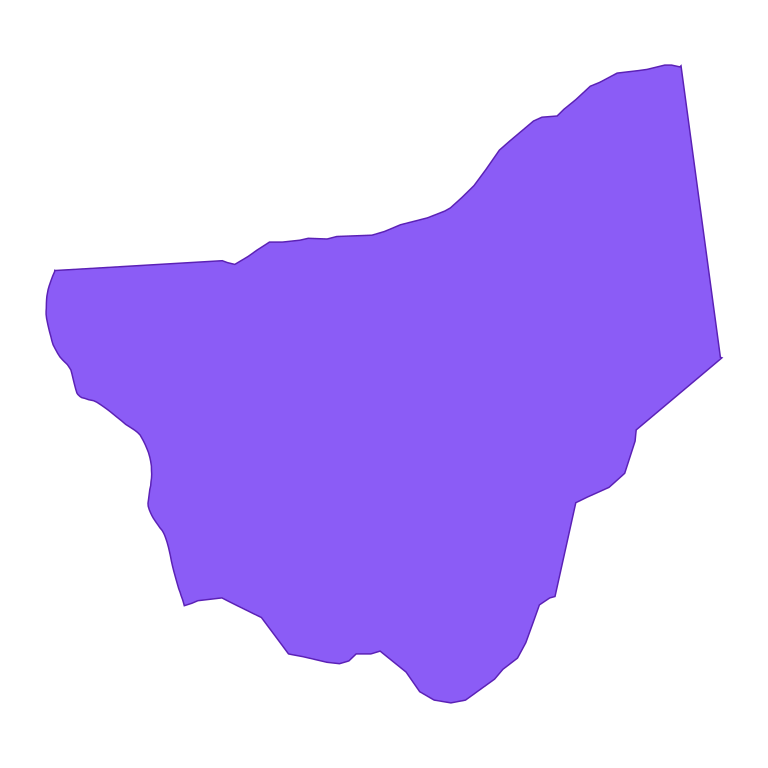 Fond Sabot, Vieux Fort, Saint Lucia
{"feature_id": "8701671B44376877134949", "entity_name": "Fond Sabot", "entity_type": "district", "adm_level": 2, "iso_a3": "LCA", "parent_name": "Saint Lucia", "parent_adm1": "Vieux Fort", "projection": "equal_earth", "projection_center": [-60.957, 13.777], "detail": "fine", "context": "isolated", "style": "filled", "palette": "violet", "viewbox_px": 768, "rotation_deg": 0, "n_neighbors": 0, "source": "geoboundaries", "source_scale": "gbopen_adm2", "svg_char_len": 2277}
<svg xmlns="http://www.w3.org/2000/svg" viewBox="0 0 768 768"><path d="M184.3,605.7L191.8,603.3L197.9,600.7L221.9,597.9L229.1,601.6L238.5,606.3L253.5,613.7L261.4,617.5L280.2,642.7L288.5,653.9L291.3,654.5L303.1,656.7L327.0,662.3L339.5,663.7L347.0,661.5L348.9,660.9L356.2,653.9L370.7,653.9L371.6,653.7L380.1,651.1L406.1,672.1L419.7,691.7L432.4,699.1L434.2,700.1L450.9,702.9L465.5,700.1L482.8,687.6L494.6,679.1L502.9,669.3L517.5,658.1L525.8,642.7L532.8,623.4L539.4,604.9L548.9,598.5L549.8,597.9L551.3,597.5L555.0,596.5L570.2,528.0L575.8,502.7L581.2,500.1L587.3,497.1L609.1,487.3L617.5,479.8L624.7,473.3L635.1,441.1L635.7,434.8L636.2,429.9L720.4,359.1L721.1,358.5L721.9,357.8L720.4,357.3L696.9,183.5L681.0,65.8L679.9,66.9L671.6,65.1L664.7,65.1L647.1,69.4L638.4,70.6L617.1,73.1L599.6,82.4L590.3,86.2L575.6,99.8L564.0,109.2L557.1,116.0L541.9,117.2L533.5,121.0L510.0,140.8L499.4,150.1L486.0,169.4L474.0,185.6L462.0,197.4L450.4,207.9L444.9,211.0L427.3,217.9L400.6,224.7L384.4,231.5L371.9,235.2L336.8,236.5L327.1,239.0L308.2,238.3L299.9,240.2L282.3,242.1L269.4,242.1L257.0,250.1L248.2,256.4L234.8,264.4L227.4,262.6L222.3,260.7L55.5,270.5L54.8,270.3L54.6,271.7L52.7,276.0L51.0,280.6L49.9,283.8L49.2,285.8L48.1,289.6L46.9,296.1L46.6,299.3L46.4,303.0L46.3,308.2L46.1,311.3L46.1,314.3L46.6,318.5L48.0,325.3L49.5,331.6L50.9,336.7L51.9,340.9L53.1,344.8L55.3,349.0L57.7,353.4L60.0,357.0L62.5,359.8L64.9,362.2L67.4,364.6L69.8,368.2L70.9,370.0L72.0,374.1L73.2,379.2L74.4,384.1L75.7,389.1L76.9,393.0L77.8,394.4L80.0,396.5L81.7,397.6L84.9,398.4L88.6,399.7L91.1,400.2L93.6,400.7L96.8,402.2L100.8,404.8L106.2,408.6L109.0,410.7L112.6,413.6L116.5,416.8L121.4,420.7L125.7,424.4L129.5,426.8L134.7,430.2L137.5,432.4L140.1,435.0L143.2,440.5L144.1,442.3L145.4,445.0L147.4,449.8L148.5,452.6L149.9,457.6L150.7,461.5L151.4,466.0L151.5,470.7L151.7,474.2L151.5,478.2L151.0,481.7L150.7,485.6L149.8,489.5L148.7,498.1L148.0,503.2L148.2,506.2L149.3,509.8L150.6,512.9L151.9,515.6L153.4,518.3L155.8,521.9L157.8,524.7L160.0,527.9L162.1,530.4L163.5,532.8L164.5,534.9L165.6,537.8L167.1,542.3L168.5,547.4L169.4,551.3L170.2,554.9L170.6,556.9L171.4,561.1L172.6,566.4L173.8,571.2L176.0,579.2L178.7,588.6L180.2,592.6L181.0,595.3L182.6,599.7L183.4,602.4L184.3,605.7Z" fill="#8b5cf6" stroke="#5b21b6" stroke-width="1.5"/></svg>